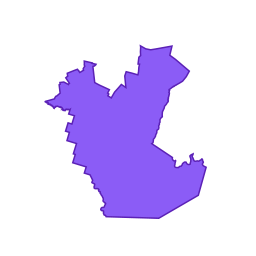 Lampazos de Naranjo, Nuevo León, Mexico (Natural Earth projection), rotated 197°
{"feature_id": "50627088B62674122669839", "entity_name": "Lampazos de Naranjo", "entity_type": "district", "adm_level": 2, "iso_a3": "MEX", "parent_name": "Mexico", "parent_adm1": "Nuevo León", "projection": "natural_earth1", "projection_center": [-100.346, 27.012], "detail": "fine", "context": "isolated", "style": "filled", "palette": "violet", "viewbox_px": 256, "rotation_deg": 197, "n_neighbors": 0, "source": "geoboundaries", "source_scale": "gbopen_adm2", "svg_char_len": 5553}
<svg xmlns="http://www.w3.org/2000/svg" viewBox="0 0 256 256"><g transform="rotate(197 128 128)"><path d="M41.8,113.3L43.7,113.6L44.9,113.9L45.3,114.1L45.9,114.6L46.3,115.2L46.2,116.2L45.9,117.1L46.0,117.4L46.3,117.7L46.4,117.9L46.7,118.1L46.9,118.3L47.3,119.2L47.6,119.6L48.0,120.0L48.5,119.9L48.8,119.0L49.0,118.7L49.5,118.4L50.0,117.6L51.0,116.8L51.6,116.9L52.1,116.8L53.8,115.9L54.6,115.8L55.3,116.0L57.3,118.5L58.1,119.2L58.3,119.6L58.4,119.9L58.4,120.2L58.1,121.4L58.1,121.8L58.2,122.3L59.1,121.4L59.6,121.1L60.6,119.6L60.6,119.2L59.6,117.7L59.2,117.3L58.6,116.0L58.2,114.3L58.2,112.8L58.0,111.8L58.1,111.5L58.8,111.0L59.3,110.8L60.2,110.7L61.1,111.0L61.8,111.5L62.3,112.2L62.5,112.3L62.8,112.3L63.8,112.0L64.1,111.8L65.0,110.6L65.4,109.8L65.5,108.5L65.6,108.1L65.9,107.3L66.1,107.0L67.0,106.6L67.3,106.4L67.6,106.1L68.0,105.2L68.2,104.9L68.8,104.7L69.4,104.6L70.3,104.3L71.2,104.3L71.6,104.4L72.1,104.8L72.4,105.3L72.5,107.2L72.7,107.8L72.8,110.2L72.9,110.7L73.1,110.8L73.3,110.4L73.8,110.1L74.3,110.0L75.2,110.2L75.9,110.7L76.5,111.3L76.9,112.4L76.9,112.8L99.6,119.6L100.7,120.0L100.1,120.8L99.9,121.2L99.8,121.7L100.0,122.7L100.1,123.5L100.2,123.8L100.3,124.2L100.4,124.5L100.3,124.9L99.7,126.3L99.4,127.7L99.3,128.4L99.5,129.5L99.2,131.1L99.1,131.8L99.2,132.3L99.5,133.3L99.6,134.3L99.4,134.6L98.7,135.6L98.5,135.8L98.5,136.2L98.5,136.7L98.6,137.5L99.1,138.5L99.2,139.1L99.3,139.2L99.0,140.5L99.3,141.3L99.4,141.8L99.1,142.8L99.2,143.2L99.9,145.4L99.4,147.2L99.0,148.1L98.6,148.4L98.5,148.9L99.1,150.4L99.8,153.5L99.2,157.6L99.4,159.5L98.8,160.7L98.2,162.2L98.1,163.0L97.3,164.9L97.4,165.4L97.5,165.5L97.5,166.0L97.9,166.2L97.9,166.4L98.1,166.8L97.9,167.2L98.2,167.5L98.0,168.1L98.1,168.5L98.3,168.7L98.4,169.0L98.3,169.4L98.2,169.8L98.4,170.4L98.3,170.7L98.4,171.0L98.3,171.3L98.5,171.9L98.4,172.2L98.5,172.7L98.6,173.5L99.2,173.9L99.1,174.1L99.2,174.3L99.3,175.6L99.2,175.9L99.8,176.2L99.9,176.5L99.9,176.9L99.2,177.5L98.5,178.6L98.1,179.1L98.0,179.3L97.8,179.7L97.3,180.1L97.2,180.4L96.9,180.6L96.8,181.0L96.6,180.9L96.2,181.2L96.2,181.3L95.8,181.7L95.6,182.1L95.4,182.4L94.6,183.2L94.3,183.3L94.2,183.6L91.8,186.1L89.5,188.7L87.3,194.1L86.0,200.3L102.7,207.5L109.3,209.8L109.9,219.2L124.7,211.6L129.2,209.4L134.2,208.9L140.1,210.2L139.5,208.9L138.4,204.5L137.1,201.0L138.3,198.9L137.1,192.1L135.6,192.4L135.5,190.9L135.4,189.4L134.3,184.5L134.3,183.5L134.1,182.8L134.1,181.7L140.5,181.6L146.2,181.3L146.3,176.8L141.9,166.1L147.1,167.7L148.8,163.8L151.3,158.4L152.8,151.9L156.7,152.9L156.3,154.9L157.7,155.4L157.0,159.2L168.0,160.7L173.1,161.7L179.5,176.4L179.5,176.8L178.4,177.3L178.0,177.8L177.6,178.5L177.8,178.5L177.5,179.1L177.3,179.6L181.2,179.3L181.2,179.8L189.4,179.2L188.5,176.6L188.3,175.5L187.4,174.5L188.2,171.8L187.9,170.9L187.4,170.1L187.9,169.7L190.3,167.0L191.4,167.8L191.7,168.3L191.9,168.3L192.0,168.3L193.5,169.4L196.1,167.4L202.1,162.6L202.0,162.2L200.8,160.0L202.2,157.8L197.1,153.6L197.7,152.8L197.7,152.2L202.8,153.2L206.4,151.6L205.7,149.9L206.5,149.2L203.1,141.5L205.6,137.6L206.3,137.2L206.8,135.5L206.8,134.4L212.7,130.6L214.7,129.4L214.9,129.1L214.9,128.9L214.5,128.8L214.3,128.9L214.1,128.9L213.8,128.6L213.2,128.3L212.9,128.4L212.5,128.9L211.9,128.9L211.7,128.7L211.7,128.4L211.6,127.9L211.6,127.5L211.5,127.4L211.2,127.4L210.9,127.8L210.9,128.0L210.7,127.9L210.4,127.5L210.1,127.4L209.8,127.7L209.3,128.0L208.8,127.8L208.7,127.6L208.7,127.4L208.4,127.4L208.3,127.2L208.1,127.0L207.9,127.0L207.6,127.4L207.4,127.4L207.2,126.9L206.9,126.7L206.4,126.6L206.2,126.6L206.1,126.8L205.9,126.7L205.5,126.0L205.4,125.8L204.8,125.6L204.6,125.2L204.4,125.2L204.5,125.5L204.2,125.8L203.9,126.5L203.6,126.6L203.4,126.8L203.4,127.0L203.7,126.9L203.9,127.0L203.7,127.4L203.4,127.5L203.0,127.5L202.2,128.2L201.4,128.2L201.2,128.1L200.8,128.2L200.3,128.1L200.2,128.0L199.8,128.0L199.5,128.2L199.3,128.0L199.0,128.2L198.7,128.0L198.6,128.3L198.4,128.2L198.3,128.3L198.0,128.2L197.7,128.4L197.3,128.2L197.2,128.2L196.9,127.8L196.7,127.7L196.8,127.6L196.3,127.4L196.1,127.3L196.0,126.9L196.2,126.6L195.9,126.7L195.4,126.6L195.6,126.4L195.2,126.1L195.2,125.9L194.5,126.0L194.2,126.3L193.9,126.1L193.1,126.3L193.1,126.5L193.3,126.6L193.2,126.7L193.0,127.0L192.8,127.1L192.7,127.3L192.8,127.4L192.7,127.5L192.8,127.7L192.7,127.8L192.4,127.6L192.1,128.0L191.9,128.1L191.7,127.9L191.3,127.8L191.1,127.9L190.9,128.2L190.7,128.2L190.5,128.3L190.2,128.2L190.1,128.5L189.7,128.5L189.5,128.4L189.2,128.4L188.8,128.9L188.8,124.0L182.8,124.1L182.8,115.4L186.8,115.4L186.8,106.7L182.8,106.7L182.7,98.1L172.7,98.1L172.7,87.3L170.7,87.3L170.7,78.6L156.6,78.6L156.6,72.1L150.6,72.1L146.5,67.7L146.6,65.9L146.7,65.7L146.6,65.3L146.2,65.1L145.4,65.0L145.0,65.0L144.7,64.8L143.9,64.8L143.5,64.6L143.3,64.2L143.3,63.0L143.1,62.6L143.3,61.8L143.1,61.4L142.9,61.1L142.8,60.7L142.0,60.4L141.4,60.4L140.9,60.7L140.1,60.8L140.0,61.0L139.7,61.1L138.9,61.0L138.5,61.1L137.9,60.7L138.0,60.1L138.0,59.8L137.5,59.4L137.3,58.9L136.8,58.7L136.2,59.0L135.7,58.6L135.6,57.6L135.4,57.3L134.8,57.1L134.6,56.8L134.2,56.3L132.6,55.1L131.9,54.2L131.5,53.9L130.8,52.8L130.6,51.1L130.4,50.8L130.1,50.5L129.0,50.1L128.4,49.6L127.7,49.6L127.4,49.4L127.3,48.5L127.7,46.9L127.6,46.6L127.7,45.5L128.3,44.9L129.5,44.5L129.7,44.3L130.2,43.5L130.3,42.5L130.2,42.0L130.0,41.8L129.4,41.4L128.8,41.3L128.4,41.5L127.9,41.5L127.2,41.5L127.0,41.2L127.0,40.8L126.6,40.0L126.7,39.7L126.5,39.2L126.3,38.9L125.9,38.5L125.6,38.1L125.3,37.8L124.6,37.9L124.2,37.7L124.0,37.8L123.6,37.5L123.0,36.8L72.2,50.7L41.1,84.2L41.8,113.3Z" fill="#8b5cf6" stroke="#5b21b6" stroke-width="1.5"/></g></svg>